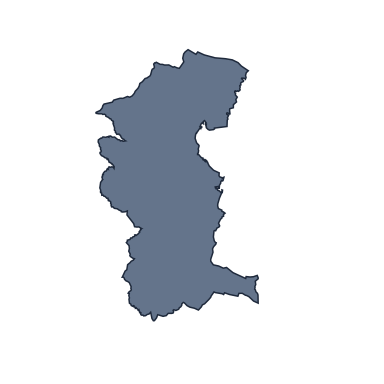 Zapayán, Magdalena, Colombia (Mercator projection), rotated 148°
{"feature_id": "7082276B87422252526741", "entity_name": "Zapayán", "entity_type": "district", "adm_level": 2, "iso_a3": "COL", "parent_name": "Colombia", "parent_adm1": "Magdalena", "projection": "mercator", "projection_center": [-74.689, 10.137], "detail": "fine", "context": "isolated", "style": "filled", "palette": "slate", "viewbox_px": 384, "rotation_deg": 148, "n_neighbors": 0, "source": "geoboundaries", "source_scale": "gbopen_adm2", "svg_char_len": 6102}
<svg xmlns="http://www.w3.org/2000/svg" viewBox="0 0 384 384"><g transform="rotate(148 192 192)"><path d="M112.9,307.7L115.7,306.7L119.9,314.8L123.7,314.4L125.9,313.5L129.0,310.3L130.0,306.7L137.2,303.6L138.8,305.1L140.6,307.7L141.9,307.8L144.3,312.0L148.0,314.2L149.3,315.8L151.3,317.1L153.6,321.0L154.7,320.8L155.2,321.3L156.7,320.8L157.7,317.8L159.0,317.0L160.5,317.2L161.5,316.6L164.9,313.4L166.2,312.7L169.9,312.6L171.7,313.1L175.7,311.8L178.7,311.7L180.7,309.8L182.8,308.6L186.8,307.5L188.7,306.2L191.9,305.2L194.6,305.4L196.1,307.2L200.9,308.0L203.3,309.6L205.0,310.1L209.7,311.4L212.0,310.4L220.0,313.2L221.8,312.5L223.7,310.8L226.7,309.8L230.9,310.4L231.5,310.1L231.6,309.5L229.6,307.7L227.0,306.1L226.6,305.1L224.9,304.3L224.4,302.9L224.9,301.9L223.3,299.5L222.9,297.7L222.1,297.2L222.2,295.3L221.3,294.0L221.4,293.3L221.9,293.2L222.1,291.9L222.7,291.8L223.7,287.4L225.0,285.6L224.7,284.2L225.4,283.0L225.1,282.4L225.2,280.8L223.2,279.8L223.3,279.0L222.7,278.1L223.1,275.4L222.5,273.5L221.9,272.9L221.8,271.5L221.3,270.6L223.6,271.5L224.1,272.7L225.7,273.3L225.6,274.1L226.2,275.1L227.1,275.6L228.5,279.6L230.5,280.6L231.3,282.6L232.4,282.7L232.6,283.3L233.9,283.4L233.9,283.0L234.6,283.8L236.0,284.0L238.4,285.9L240.2,285.5L240.8,286.0L243.8,285.8L245.1,284.1L245.3,281.6L246.2,280.1L246.0,277.9L246.9,276.9L247.2,274.8L248.3,274.1L249.0,274.3L249.6,273.4L249.5,270.8L248.3,269.1L247.8,267.4L246.2,265.5L246.6,265.0L246.2,264.8L246.4,264.4L245.7,264.3L246.5,261.0L245.5,260.1L245.5,259.3L244.8,258.4L245.2,257.7L244.6,256.9L244.6,254.6L245.6,253.4L245.6,254.4L246.5,255.8L247.9,256.1L249.0,257.3L249.9,256.6L251.0,256.6L251.1,255.6L251.9,256.4L253.4,255.3L255.1,255.7L257.5,254.8L257.9,253.8L258.4,254.1L259.0,253.8L259.4,252.8L260.5,252.4L260.5,251.6L261.4,250.1L261.2,249.9L264.4,248.6L268.0,244.3L268.5,241.9L269.4,240.8L269.2,240.3L269.8,239.9L269.2,239.0L270.2,237.0L269.0,236.4L268.9,235.0L268.0,234.2L267.6,231.9L266.6,231.2L267.0,230.7L266.9,229.5L267.4,229.4L267.5,228.9L266.6,228.2L266.2,226.5L267.0,225.5L267.0,224.2L267.6,223.8L268.1,222.0L267.0,221.4L266.5,219.3L264.2,217.3L263.6,215.6L262.1,213.4L262.4,212.7L261.5,211.8L259.1,210.6L256.9,210.2L259.3,207.0L258.2,196.1L259.1,193.0L257.2,191.4L255.6,190.6L254.2,187.9L254.9,188.2L255.6,187.4L255.4,187.1L257.7,186.4L257.6,185.7L260.0,185.0L262.3,184.8L262.6,185.6L263.3,185.9L263.5,185.3L264.3,184.8L265.8,185.3L267.2,184.8L268.4,185.5L269.7,184.6L272.4,185.4L272.9,184.4L274.5,183.9L273.8,179.9L275.1,177.2L277.0,175.3L277.3,172.0L278.3,171.2L278.5,170.0L277.1,166.9L276.2,166.0L277.9,165.3L280.3,165.5L281.9,164.9L285.1,164.5L288.5,160.6L290.6,160.4L296.3,156.7L295.4,156.2L295.1,154.9L295.5,153.7L295.0,151.5L294.1,150.4L293.2,148.5L293.8,143.9L294.9,142.7L295.1,141.6L296.0,140.8L298.2,140.7L299.8,140.0L299.1,139.0L300.4,137.7L301.2,135.3L302.2,134.6L304.0,130.8L303.3,129.3L303.7,127.9L302.8,126.5L301.9,126.7L301.5,126.3L302.1,125.3L301.4,124.6L301.5,123.8L301.0,123.6L301.5,123.2L300.7,122.8L300.0,120.9L300.2,120.5L299.7,120.4L300.2,120.0L299.6,119.5L300.1,118.2L299.5,117.1L300.1,117.0L299.7,116.3L300.3,115.3L300.2,114.5L298.7,113.4L298.6,112.5L296.8,111.7L295.1,111.9L292.9,111.3L290.8,111.9L293.0,105.9L293.0,103.3L292.0,102.8L288.7,104.1L286.1,106.1L282.4,101.9L279.3,100.8L276.5,101.7L273.5,99.8L272.1,99.4L271.0,100.2L270.7,101.7L269.8,101.8L268.5,100.1L266.0,99.7L265.0,99.8L264.3,100.5L262.3,100.6L260.7,101.4L259.8,102.6L257.9,103.0L257.2,102.0L256.4,98.2L254.8,95.4L251.6,92.2L249.1,88.5L245.0,89.6L243.0,90.8L240.6,90.5L234.7,91.9L231.9,92.8L231.0,93.6L226.3,95.6L225.6,94.4L220.3,89.7L219.5,88.3L217.8,89.3L214.6,85.3L208.3,79.3L205.9,81.2L203.0,79.4L201.4,76.1L200.6,75.4L199.2,73.1L197.6,66.9L194.8,62.7L190.6,69.7L190.2,71.4L190.7,73.6L190.1,75.4L190.3,76.5L189.2,77.5L188.8,78.5L187.0,79.7L185.6,82.8L182.0,83.3L181.4,84.0L180.9,86.7L184.8,87.6L187.9,89.2L190.9,91.6L192.3,90.2L200.0,101.9L202.7,109.7L205.8,110.8L208.6,115.1L212.5,118.9L212.8,123.3L211.8,125.0L206.1,129.8L204.7,132.9L202.6,134.2L199.5,135.1L198.4,136.1L198.9,136.6L199.0,138.8L197.7,142.5L194.1,147.2L193.4,147.4L192.5,146.6L189.9,148.2L187.7,148.0L186.5,148.6L186.0,151.5L182.2,153.8L180.4,154.1L179.7,155.0L178.1,154.7L177.3,156.2L175.2,156.5L175.4,157.1L176.1,157.0L175.8,158.3L176.9,159.7L176.3,160.8L178.4,164.0L177.6,166.6L176.4,168.3L171.9,172.3L167.5,175.4L166.7,175.4L165.1,177.4L165.5,177.9L165.9,177.0L167.7,175.8L168.2,178.4L169.3,179.9L168.9,181.4L169.7,181.9L169.3,182.3L170.0,183.0L169.6,184.0L166.7,182.7L166.6,182.3L167.3,182.4L167.4,181.7L168.0,181.3L166.9,180.7L165.1,183.2L162.9,184.3L162.3,185.4L160.7,186.0L160.5,185.3L159.7,185.2L157.1,187.6L157.9,187.8L158.2,187.1L158.9,187.5L159.4,188.9L160.4,190.0L160.5,191.5L158.8,193.8L162.2,199.0L163.6,204.9L163.0,210.9L164.0,213.1L163.2,209.8L164.6,210.6L165.0,213.3L164.0,213.4L165.5,213.4L165.5,214.5L164.8,214.9L165.9,216.3L166.5,220.3L167.4,220.8L166.9,221.6L165.8,222.0L164.4,223.7L164.0,225.1L161.5,227.4L161.4,229.0L161.8,229.5L162.0,231.4L160.9,235.9L158.7,238.6L157.7,239.4L157.1,239.3L156.6,240.1L155.9,240.0L151.2,242.1L151.1,241.3L149.7,241.5L149.2,241.9L149.6,242.6L149.9,242.2L150.4,242.6L150.7,242.1L150.7,243.1L150.1,242.9L149.9,243.3L149.6,242.7L149.8,243.5L148.5,244.8L146.6,245.3L146.3,244.1L145.0,245.8L143.5,245.9L143.4,243.5L143.8,243.8L144.3,243.1L144.1,242.1L144.7,242.1L144.4,241.2L145.2,240.8L145.2,239.7L145.8,239.0L145.2,236.5L144.4,235.2L140.7,233.5L139.4,233.6L139.1,234.3L127.6,229.0L124.0,234.3L122.9,234.8L122.6,236.2L120.4,237.6L121.3,239.5L120.9,240.4L120.2,240.5L119.3,239.4L119.1,238.3L118.4,238.1L116.7,241.6L115.8,242.6L112.3,241.5L110.6,244.1L106.5,244.8L105.9,247.1L103.3,248.5L103.8,251.3L102.8,252.5L103.1,253.6L102.4,254.8L101.5,254.7L101.3,253.8L99.7,253.6L99.4,252.8L97.7,252.8L97.0,253.2L97.0,254.1L95.4,255.6L95.4,256.6L95.0,257.0L93.8,256.9L93.1,258.5L92.2,258.8L89.9,258.5L89.2,259.1L89.9,261.9L89.4,262.2L87.4,260.8L87.0,259.3L85.5,260.4L84.8,262.5L82.8,264.4L80.0,265.0L83.4,272.6L84.4,277.3L87.8,282.7L93.1,287.4L101.4,293.6L109.0,301.8L112.9,307.7Z" fill="#64748b" stroke="#1e293b" stroke-width="1.5"/></g></svg>